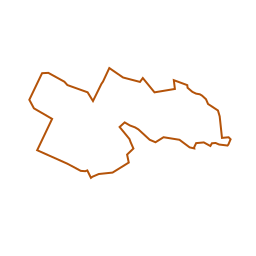 Sagadahoc, Maine, United States of America, rotated 283°
{"feature_id": "52423323B29513042802619", "entity_name": "Sagadahoc", "entity_type": "district", "adm_level": 2, "iso_a3": "USA", "parent_name": "United States of America", "parent_adm1": "Maine", "projection": "albers", "projection_center": [-69.847, 43.935], "detail": "fine", "context": "isolated", "style": "outline", "palette": "amber", "viewbox_px": 256, "rotation_deg": 283, "n_neighbors": 0, "source": "geoboundaries", "source_scale": "gbopen_adm2", "svg_char_len": 940}
<svg xmlns="http://www.w3.org/2000/svg" viewBox="0 0 256 256"><g transform="rotate(283 128 128)"><path d="M85.9,44.5L79.6,76.8L75.6,91.6L76.3,96.1L77.5,97.9L71.1,103.1L72.5,104.3L76.6,109.9L81.1,123.0L94.5,136.5L101.9,133.1L109.2,137.9L114.7,133.8L117.6,131.9L127.1,119.6L132.7,123.5L130.9,129.3L130.2,134.7L129.0,138.4L121.4,151.8L120.3,158.0L127.0,164.7L128.1,180.8L123.0,192.4L123.0,197.2L124.1,196.8L128.6,197.8L131.0,205.1L129.0,212.3L132.0,213.2L133.1,216.7L132.4,220.5L133.3,228.9L134.5,229.5L140.1,230.5L141.6,228.1L139.5,221.8L160.0,214.7L165.3,211.7L169.4,200.6L173.6,197.5L176.2,192.9L177.0,190.4L176.8,186.6L177.7,182.6L180.6,177.0L183.1,176.1L184.9,161.9L176.6,164.9L168.7,145.8L180.0,131.2L175.6,129.3L176.1,111.8L182.2,96.3L167.6,93.2L165.1,92.2L146.4,87.8L153.7,80.6L156.2,59.3L158.8,55.6L163.8,38.0L162.1,32.0L161.0,31.7L133.3,25.5L126.0,31.9L119.8,52.0L85.9,44.5Z" fill="none" stroke="#b45309" stroke-width="2"/></g></svg>